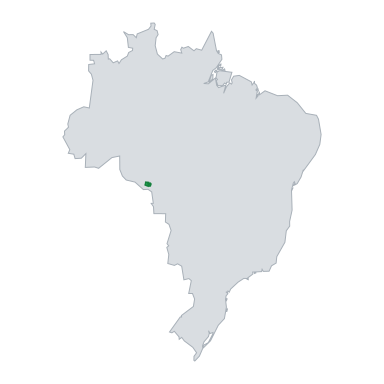 Corumbiara, Rondônia, Brazil shown in context
{"feature_id": "56859067B10063501448175", "entity_name": "Corumbiara", "entity_type": "district", "adm_level": 2, "iso_a3": "BRA", "parent_name": "Brazil", "parent_adm1": "Rondônia", "projection": "equal_earth", "projection_center": [-61.091, -12.881], "detail": "fine", "context": "in_parent", "style": "filled", "palette": "green", "viewbox_px": 384, "rotation_deg": 0, "n_neighbors": 0, "source": "geoboundaries", "source_scale": "gbopen_adm2", "svg_char_len": 4966}
<svg xmlns="http://www.w3.org/2000/svg" viewBox="0 0 384 384"><path d="M109.7,58.8L113.2,62.8L117.6,60.9L119.0,63.5L121.4,59.8L127.3,56.1L128.7,52.5L132.5,50.5L132.7,48.2L128.4,47.4L127.3,37.7L123.5,31.6L128.6,34.7L133.1,34.6L136.3,37.7L137.2,33.9L148.5,29.3L151.0,26.1L150.8,23.2L154.2,23.0L155.2,24.4L154.2,29.3L157.1,30.7L158.1,34.6L156.1,37.7L155.2,45.7L157.4,54.1L162.7,59.0L165.0,58.2L166.1,55.5L168.1,56.1L174.2,51.7L181.8,53.1L180.7,49.6L181.9,47.2L183.4,48.2L188.3,46.5L194.0,50.8L196.3,48.7L201.7,50.2L211.5,31.3L213.1,33.2L216.5,50.7L218.2,53.4L221.5,54.9L221.9,59.3L216.3,67.7L212.8,70.4L208.2,81.9L203.7,83.5L208.4,83.8L215.4,78.0L216.7,85.4L218.6,87.6L225.8,85.1L223.6,93.3L226.5,86.7L229.8,82.9L231.4,84.1L232.2,82.9L231.5,79.9L233.7,76.2L239.3,75.4L251.3,81.8L252.1,85.0L253.8,82.7L256.6,85.2L257.4,88.0L255.9,89.9L256.5,90.8L258.0,89.0L258.4,90.7L257.0,92.6L256.1,98.2L258.0,95.9L259.4,91.7L259.6,94.7L265.0,90.8L277.5,95.7L287.6,95.2L297.3,102.8L305.8,113.4L316.5,115.3L318.5,119.2L321.1,134.5L319.8,144.4L315.4,154.5L303.4,170.9L303.4,169.6L301.0,177.1L297.2,183.6L295.5,184.6L294.3,181.7L293.3,183.1L291.5,190.1L292.1,210.1L289.6,221.5L289.7,226.1L286.3,230.8L284.9,242.3L276.8,256.6L276.1,263.1L271.5,265.8L269.1,271.2L263.3,271.4L262.1,269.3L261.6,271.6L252.6,272.1L252.9,274.0L247.0,278.5L243.8,278.4L238.0,282.2L230.7,289.0L229.2,292.2L228.0,291.0L227.5,292.4L225.9,291.8L227.9,293.7L226.1,295.8L225.5,299.3L226.4,307.1L224.4,318.6L218.3,325.2L210.5,340.8L203.4,347.8L203.3,345.4L208.3,342.6L212.8,334.0L213.0,332.5L210.1,333.5L208.5,330.7L209.3,333.4L208.4,336.6L204.0,341.8L202.5,345.9L202.8,348.2L199.4,356.1L194.8,361.0L193.9,360.3L194.0,356.3L196.6,352.8L192.8,347.3L184.3,340.9L181.7,337.4L179.2,339.3L179.0,336.8L174.3,331.3L171.9,332.8L169.5,332.0L180.3,316.9L181.6,317.0L181.4,315.5L193.4,306.5L194.6,299.0L192.5,293.5L188.7,293.5L191.3,280.6L188.9,278.6L183.9,279.8L181.7,266.2L177.6,263.8L174.4,265.4L167.8,263.5L168.8,254.5L166.8,247.4L168.7,245.8L167.0,243.7L171.1,230.5L169.0,224.4L165.4,222.0L165.7,213.7L153.9,213.6L153.5,206.7L151.2,203.4L153.3,203.3L151.7,191.9L148.0,189.3L143.4,189.6L135.0,182.1L126.2,180.0L122.4,176.0L119.8,169.5L119.7,156.0L111.9,157.6L98.6,168.3L94.6,167.0L85.3,167.4L85.9,153.6L81.3,158.2L75.1,158.6L73.8,154.2L68.3,153.3L69.8,149.6L62.9,136.9L64.7,134.7L64.5,131.1L68.5,127.2L67.8,124.0L70.1,115.3L76.9,109.8L83.8,106.8L89.3,108.0L93.0,80.3L91.4,74.2L88.6,70.9L88.7,64.5L94.6,63.8L93.6,60.3L90.0,60.2L90.0,54.5L101.1,54.4L101.0,52.0L102.7,54.1L106.2,50.8L108.1,54.5L108.3,59.1L109.7,58.8ZM219.6,70.7L231.9,72.3L229.0,82.1L226.7,82.3L226.3,83.9L224.5,83.1L222.6,85.6L217.9,85.6L216.2,80.7L217.5,79.5L216.0,77.8L217.0,72.1L219.6,70.7ZM209.2,82.4L211.1,75.5L213.0,74.5L212.8,78.8L209.2,82.4ZM223.0,67.3L221.8,69.9L219.0,69.3L219.5,67.6L223.0,67.3ZM218.8,64.4L218.3,69.7L217.2,69.2L218.8,64.4ZM225.0,70.7L223.2,71.0L222.4,70.5L224.6,68.9L225.0,70.7ZM217.0,70.9L215.2,72.6L214.4,71.7L215.7,70.1L217.0,70.9ZM220.3,66.2L219.4,65.1L220.9,64.0L221.0,65.0L220.3,66.2ZM219.3,52.4L218.2,52.7L218.0,50.7L219.0,50.6L219.3,52.4ZM226.7,311.9L226.4,310.3L227.2,308.8L227.4,309.3L226.7,311.9ZM248.1,277.9L248.3,279.7L247.1,279.3L248.1,277.9ZM226.5,300.5L226.0,299.5L226.8,298.5L227.1,298.9L226.5,300.5ZM257.7,94.7L256.9,96.7L257.7,93.9L257.7,94.7ZM294.8,184.9L293.6,185.5L294.4,183.9L294.8,184.9ZM255.8,272.9L254.5,273.5L254.3,273.1L255.1,272.3L255.8,272.9ZM292.7,188.5L292.2,189.6L292.0,188.9L292.7,188.5ZM254.5,81.0L254.5,82.1L254.2,81.9L254.5,81.0Z" fill="#d9dde1" stroke="#a8b0b8" stroke-width="1"/><path d="M150.2,186.0L150.2,185.9L150.3,185.8L150.3,185.7L150.2,185.6L150.2,185.4L150.3,185.3L150.4,185.2L150.4,184.9L150.5,184.9L150.8,184.8L150.8,184.7L150.9,184.4L150.8,184.2L150.8,183.9L150.8,183.7L150.7,183.7L150.4,183.4L150.2,183.4L150.1,183.5L149.9,183.6L149.9,183.3L149.7,183.4L149.4,183.4L149.4,183.5L149.2,183.6L149.1,183.8L149.0,184.0L148.9,184.2L148.9,184.3L148.7,184.4L148.7,184.2L148.7,183.9L148.7,183.7L148.7,183.4L148.7,183.2L148.8,183.2L148.7,183.0L148.7,182.9L148.5,183.0L148.4,182.9L148.4,183.0L148.3,182.9L148.2,182.7L148.2,182.4L147.9,182.4L147.9,182.5L147.7,182.6L147.4,182.6L147.4,182.8L147.4,183.0L147.3,182.9L147.2,182.8L147.0,182.7L146.9,182.6L146.7,182.6L146.5,182.4L146.4,182.4L146.3,182.2L146.3,181.9L146.3,181.7L146.3,181.8L146.2,181.8L146.2,182.0L146.0,182.3L146.1,182.5L145.9,182.6L145.7,182.6L145.7,182.8L145.6,183.0L145.6,183.3L145.5,183.5L145.5,183.8L145.5,184.0L145.4,184.1L145.3,184.3L145.3,184.5L145.2,184.6L145.2,184.8L145.2,185.0L145.3,185.0L145.5,185.1L145.8,185.1L145.9,185.3L146.0,185.3L146.3,185.4L146.4,185.5L146.5,185.5L146.8,185.6L147.0,185.7L147.1,185.8L147.2,185.7L147.2,185.8L147.3,185.9L147.4,186.0L147.5,186.0L147.5,185.9L147.6,186.0L147.8,186.0L148.0,186.0L148.3,186.1L148.5,185.9L148.6,186.0L148.8,186.2L149.0,186.0L149.3,186.0L149.4,185.9L149.5,185.9L149.7,186.0L149.8,186.0L150.0,186.1L150.2,186.0Z" fill="#22c55e" stroke="#15803d" stroke-width="1.5"/></svg>